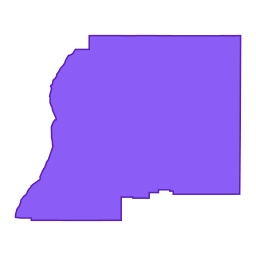 Wiluna, Western Australia, Australia (Robinson projection)
{"feature_id": "25037944B27628401872150", "entity_name": "Wiluna", "entity_type": "district", "adm_level": 2, "iso_a3": "AUS", "parent_name": "Australia", "parent_adm1": "Western Australia", "projection": "robinson", "projection_center": [121.784, -25.366], "detail": "fine", "context": "isolated", "style": "filled", "palette": "violet", "viewbox_px": 256, "rotation_deg": 0, "n_neighbors": 0, "source": "geoboundaries", "source_scale": "gbopen_adm2", "svg_char_len": 5375}
<svg xmlns="http://www.w3.org/2000/svg" viewBox="0 0 256 256"><path d="M75.4,49.4L74.8,50.4L74.1,51.4L73.5,52.4L73.2,52.8L73.0,53.1L72.9,53.5L72.2,53.9L71.6,54.3L70.7,54.8L70.1,55.2L69.9,55.4L69.4,55.4L68.9,55.2L68.7,55.3L68.1,56.0L67.5,57.1L67.0,58.0L66.4,59.0L65.7,60.2L65.2,61.7L64.6,63.3L64.5,63.5L64.0,64.1L63.6,64.8L62.8,65.9L62.3,66.3L61.9,66.8L61.0,67.7L60.7,68.1L60.1,68.9L59.9,69.3L59.6,70.1L59.1,71.0L58.6,71.7L58.1,72.6L57.7,73.1L57.2,73.7L57.0,74.0L56.8,74.3L56.5,76.2L55.9,77.3L55.3,78.3L55.1,78.4L54.9,78.7L54.3,79.0L54.2,79.1L53.8,79.6L53.4,80.1L53.2,80.2L53.1,80.5L52.8,82.4L52.4,84.1L52.4,84.4L51.6,84.9L51.0,85.3L50.5,86.1L51.0,86.6L51.1,87.1L51.2,87.7L51.6,88.4L51.5,88.6L51.3,89.0L51.0,91.0L50.7,91.7L50.4,93.0L50.0,94.4L50.0,94.6L49.6,96.4L50.0,97.1L50.1,97.6L50.2,98.8L50.1,99.0L50.1,103.0L50.3,103.4L50.7,104.4L51.0,105.2L51.5,106.4L51.9,106.9L52.0,107.0L52.1,107.3L52.2,107.6L52.4,109.3L52.6,110.3L53.0,111.3L53.5,112.3L53.8,113.0L54.2,114.0L54.6,114.7L55.1,115.9L55.7,117.3L55.9,117.6L55.8,117.9L56.0,118.1L56.2,119.2L56.2,119.6L56.0,119.8L55.8,119.8L55.4,120.0L55.2,120.1L54.8,120.0L54.6,120.3L54.6,120.6L54.2,120.9L53.5,121.6L53.2,122.5L52.7,123.6L52.3,124.6L52.0,125.1L52.0,125.3L51.9,125.4L51.8,125.7L51.4,126.7L51.4,127.4L51.5,131.2L51.6,135.7L51.5,136.9L51.7,137.3L51.7,137.8L51.8,138.0L51.8,138.4L52.1,140.3L52.3,140.5L52.4,141.3L52.4,141.9L52.4,142.1L52.6,145.3L52.7,145.9L52.9,146.6L52.3,148.3L51.8,149.6L51.3,151.2L50.8,152.6L50.3,154.2L49.7,155.8L49.2,157.2L48.4,159.7L47.6,160.6L47.1,161.3L46.5,162.5L46.2,163.2L46.2,163.5L46.0,164.2L45.7,165.2L45.3,165.6L45.0,167.1L44.9,167.4L44.6,167.7L44.5,168.0L44.2,168.2L43.7,168.6L43.4,169.3L43.3,169.9L43.1,170.3L42.6,170.7L42.1,172.1L41.6,173.2L41.0,174.5L40.7,175.3L40.5,175.9L40.2,176.2L40.1,176.7L40.1,179.5L39.6,180.0L39.0,180.1L38.7,180.4L38.4,180.5L37.9,180.9L37.4,181.5L36.6,182.0L35.9,182.4L34.9,183.1L33.3,184.2L32.3,184.9L31.8,185.8L31.5,185.8L31.1,186.1L31.0,186.8L30.8,187.5L29.8,188.4L29.2,188.9L28.8,189.3L28.3,190.2L27.7,191.1L27.3,192.2L27.1,193.0L26.4,194.1L25.5,195.3L24.9,195.6L24.0,196.1L23.7,196.4L23.1,197.3L22.4,198.2L22.2,198.5L21.7,199.1L21.1,199.8L20.9,200.8L20.8,201.5L20.6,202.2L20.3,203.1L19.9,204.3L19.4,205.6L19.0,206.8L18.4,207.1L17.6,208.3L16.9,209.4L16.7,210.4L16.4,211.4L15.9,213.3L15.5,214.5L15.7,215.1L15.4,216.1L15.5,217.4L20.9,218.0L31.3,218.0L31.3,220.3L50.7,220.3L54.2,220.3L69.8,220.4L71.1,220.4L72.3,220.4L73.3,220.4L74.6,220.4L75.6,220.4L76.2,220.4L76.8,220.4L77.9,220.4L79.3,220.4L80.3,220.4L81.4,220.4L82.4,220.4L83.4,220.4L89.4,220.4L97.9,220.4L107.8,220.3L112.7,220.3L114.9,220.3L115.9,220.3L121.2,220.3L121.2,197.1L132.9,197.1L132.9,198.1L149.2,198.1L149.2,192.6L158.5,192.6L158.5,189.8L162.5,189.8L163.5,189.8L164.7,189.8L165.7,189.8L166.5,189.8L167.7,189.8L168.6,189.8L169.8,189.8L169.8,191.1L170.6,191.1L171.4,191.1L172.2,191.1L173.2,191.1L173.2,194.2L174.4,194.2L175.8,194.2L177.0,194.2L178.4,194.2L179.4,194.2L180.7,194.2L181.7,194.2L182.7,194.2L183.8,194.2L184.8,194.2L185.8,194.2L186.8,194.2L187.9,194.2L188.9,194.2L190.1,194.2L191.2,194.2L192.2,194.2L193.2,194.2L194.5,194.2L195.5,194.2L196.3,194.2L197.1,194.2L198.0,194.2L198.8,194.2L199.4,194.2L200.2,194.2L201.0,194.2L202.1,194.2L202.9,194.2L203.7,194.2L204.7,194.2L205.6,194.2L206.4,194.2L207.2,194.2L208.0,194.2L208.9,194.2L209.7,194.2L210.7,194.2L211.7,194.2L212.6,194.2L213.6,194.2L214.6,194.2L215.5,194.2L216.5,194.2L217.5,194.2L218.5,194.2L219.6,194.2L220.4,194.2L221.2,194.2L222.2,194.2L223.3,194.2L224.3,194.2L225.3,194.2L226.4,194.2L227.2,194.2L228.2,194.2L229.2,194.2L230.1,194.2L231.1,194.2L232.1,194.2L233.1,194.2L234.0,194.2L235.0,194.2L235.8,194.2L236.9,194.1L237.9,194.1L238.9,194.1L239.7,194.1L240.2,130.4L240.4,82.4L240.6,35.6L239.8,35.6L239.6,35.6L239.0,35.6L238.0,35.6L236.6,35.7L236.0,35.7L234.8,35.7L233.4,35.7L231.8,35.7L230.3,35.7L229.1,35.7L227.9,35.7L226.7,35.7L225.5,35.7L223.9,35.7L222.7,35.7L221.6,35.7L221.0,35.7L219.8,35.7L219.2,35.8L218.2,35.8L216.8,35.8L215.6,35.8L214.6,35.8L214.0,35.8L213.2,35.8L212.2,35.8L210.7,35.8L209.5,35.8L208.3,35.8L206.7,35.8L205.5,35.8L204.5,35.8L203.9,35.8L202.7,35.8L202.0,35.8L201.0,35.8L200.0,35.8L199.4,35.8L197.8,35.8L196.8,35.8L195.6,35.8L194.2,35.8L192.8,35.8L191.3,35.8L189.9,35.8L188.9,35.8L187.5,35.8L185.9,35.8L184.5,35.8L183.1,35.8L181.6,35.8L180.4,35.8L179.0,35.8L177.8,35.8L176.6,35.8L175.0,35.8L174.4,35.8L173.2,35.8L172.6,35.8L171.5,35.7L170.1,35.7L169.1,35.7L167.7,35.7L166.7,35.7L165.7,35.7L165.1,35.7L163.5,35.7L162.0,35.7L160.4,35.7L159.0,35.7L158.0,35.7L156.6,35.7L155.4,35.7L154.2,35.6L153.0,35.6L151.7,35.6L150.3,35.6L149.1,35.6L147.9,35.6L146.5,35.6L145.3,35.6L144.0,35.6L142.6,35.6L141.4,35.6L140.2,35.6L138.8,35.6L137.6,35.6L136.1,35.7L134.9,35.7L133.5,35.7L132.1,35.7L130.9,35.7L129.7,35.7L128.5,35.7L127.2,35.7L126.0,35.7L124.8,35.7L123.8,35.7L122.8,35.7L122.2,35.7L121.0,35.6L120.0,35.6L118.5,35.6L117.3,35.6L116.1,35.6L114.9,35.6L113.7,35.6L112.5,35.6L111.9,35.6L110.9,35.6L109.8,35.6L109.0,35.6L107.8,35.6L106.4,35.6L105.2,35.6L103.8,35.6L102.6,35.6L101.2,35.6L100.6,35.6L99.4,35.6L98.2,35.6L96.8,35.6L95.6,35.6L94.2,35.6L93.0,35.6L91.8,35.6L90.6,35.6L89.2,35.6L89.2,49.4L88.4,49.4L87.6,49.4L86.8,49.4L85.8,49.4L85.0,49.4L84.2,49.4L83.2,49.4L82.4,49.4L81.6,49.4L80.8,49.4L79.8,49.4L78.8,49.4L78.0,49.4L77.2,49.4L76.4,49.4L75.4,49.4Z" fill="#8b5cf6" stroke="#5b21b6" stroke-width="1.5"/></svg>